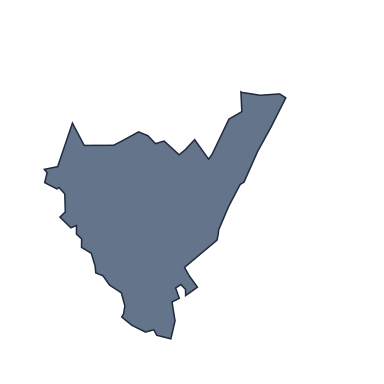 outline of Sumter, South Carolina, United States of America, rotated 331°
{"feature_id": "52423323B67044193776379", "entity_name": "Sumter", "entity_type": "district", "adm_level": 2, "iso_a3": "USA", "parent_name": "United States of America", "parent_adm1": "South Carolina", "projection": "equal_earth", "projection_center": [-80.399, 33.906], "detail": "fine", "context": "isolated", "style": "filled", "palette": "slate", "viewbox_px": 384, "rotation_deg": 331, "n_neighbors": 0, "source": "geoboundaries", "source_scale": "gbopen_adm2", "svg_char_len": 957}
<svg xmlns="http://www.w3.org/2000/svg" viewBox="0 0 384 384"><g transform="rotate(331 192 192)"><path d="M74.6,104.9L67.7,112.4L75.4,123.9L77.9,123.6L79.8,132.0L71.5,148.0L64.3,149.9L68.7,164.6L74.7,165.3L70.5,172.8L72.7,179.5L68.5,186.9L74.2,196.8L71.4,209.7L68.6,216.1L73.5,222.1L74.7,233.3L81.3,245.9L78.1,259.0L73.1,265.4L69.9,267.3L74.8,279.5L83.4,292.0L91.8,294.0L91.7,300.2L102.3,310.2L114.7,296.5L121.2,278.5L129.4,278.8L131.1,268.0L137.4,267.6L139.1,274.0L136.2,279.5L150.6,277.9L148.9,263.8L148.9,254.3L190.6,246.2L194.5,241.6L197.0,238.0L217.3,222.2L237.7,208.8L242.4,208.5L269.1,188.3L292.2,173.8L319.7,155.1L316.2,148.7L298.6,140.5L288.5,132.6L283.6,128.9L283.3,128.2L274.5,145.9L259.7,146.1L227.7,168.9L222.4,171.3L219.7,147.5L206.1,151.9L198.8,153.2L192.3,133.9L183.5,132.0L180.7,121.3L174.4,113.5L155.1,113.4L146.0,113.1L120.3,99.0L120.8,73.8L86.8,104.7L73.8,100.6L74.6,104.9Z" fill="#64748b" stroke="#1e293b" stroke-width="1.5"/></g></svg>